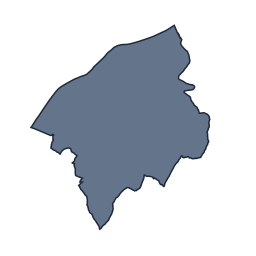 the district of Enebakk nor, Akershus, Norway, rotated 244°
{"feature_id": "86288312B77939080811439", "entity_name": "Enebakk nor", "entity_type": "district", "adm_level": 2, "iso_a3": "NOR", "parent_name": "Norway", "parent_adm1": "Akershus", "projection": "orthographic", "projection_center": [11.051, 59.769], "detail": "fine", "context": "isolated", "style": "filled", "palette": "slate", "viewbox_px": 256, "rotation_deg": 244, "n_neighbors": 0, "source": "geoboundaries", "source_scale": "gbopen_adm2", "svg_char_len": 5624}
<svg xmlns="http://www.w3.org/2000/svg" viewBox="0 0 256 256"><g transform="rotate(244 128 128)"><path d="M95.7,58.7L94.5,58.7L93.2,58.7L92.3,59.2L91.5,59.4L91.1,59.4L90.5,59.6L89.7,59.7L88.1,60.0L87.3,60.0L86.6,60.1L85.6,60.6L85.1,60.8L84.4,60.8L81.6,60.1L79.1,58.9L77.6,58.0L77.0,57.4L76.6,57.3L76.4,57.4L76.0,57.5L75.4,57.5L73.7,57.2L72.6,56.8L71.8,56.7L70.0,56.7L69.3,56.6L68.4,56.7L66.7,57.7L66.4,57.7L64.5,57.7L63.6,57.5L61.6,57.6L60.4,57.7L59.2,58.1L52.5,58.8L51.4,58.7L49.8,58.2L49.6,58.2L49.7,58.4L49.4,58.8L50.0,60.7L50.3,60.8L50.5,61.1L51.0,62.2L51.7,65.0L51.7,65.3L51.7,65.5L52.8,67.2L52.9,68.1L53.2,68.8L53.5,69.7L54.3,70.9L55.0,71.5L58.0,75.7L58.6,76.2L59.3,77.1L61.0,78.4L61.0,78.6L62.6,79.5L64.6,80.2L64.7,80.4L64.9,80.5L65.2,80.4L65.4,80.6L66.0,80.6L66.3,80.9L67.0,81.3L67.3,81.8L67.6,82.9L68.9,84.3L69.5,85.3L70.2,86.2L70.3,86.4L70.3,86.6L70.5,87.5L70.5,88.3L70.6,88.7L71.1,89.5L71.2,90.1L71.9,91.1L72.3,91.9L73.3,93.8L73.4,94.1L73.5,94.8L74.2,96.8L74.5,97.9L74.6,99.0L74.8,100.6L74.8,101.2L74.5,101.7L74.3,102.0L74.2,102.0L74.0,102.3L73.7,102.8L72.4,103.6L71.8,104.2L69.7,105.5L69.2,106.1L68.6,106.4L68.6,106.5L68.5,107.0L68.3,107.5L68.1,108.1L68.5,108.4L68.5,108.5L68.4,109.2L68.5,109.4L68.5,109.5L68.4,109.6L68.4,109.8L68.6,110.4L68.6,111.5L68.7,112.1L69.5,113.4L71.9,115.8L72.6,116.4L73.1,117.1L74.0,118.0L74.9,119.2L76.2,120.4L78.6,122.0L77.6,122.8L76.5,123.5L76.3,123.7L76.1,124.4L75.6,125.5L75.2,125.8L74.9,126.5L74.5,127.1L73.7,128.0L73.2,128.4L71.1,128.9L71.1,129.3L71.5,129.7L71.3,130.0L70.7,130.3L69.9,130.9L68.8,131.3L68.4,131.6L68.3,131.8L68.1,132.0L67.5,132.2L66.4,132.5L65.6,132.5L64.8,132.2L64.1,132.4L63.7,132.3L63.1,132.5L62.6,132.8L62.4,133.0L62.3,133.3L62.3,133.5L62.3,133.8L62.2,133.9L60.8,134.1L60.7,134.3L60.3,134.2L59.8,134.5L59.7,134.7L59.8,134.9L60.0,135.2L61.7,136.6L62.9,137.9L64.3,140.2L65.8,142.2L66.6,143.8L68.6,146.2L69.8,147.8L70.2,148.5L72.3,151.4L72.7,151.8L73.8,153.4L75.1,155.8L75.7,157.9L77.1,159.8L77.6,160.4L77.7,161.2L79.5,164.0L78.6,164.5L77.7,164.4L77.6,164.6L77.3,164.9L77.0,164.9L76.7,165.4L76.8,165.9L76.6,166.4L76.6,166.7L76.4,167.0L76.3,167.7L76.1,168.1L76.1,168.9L76.0,169.3L75.8,169.4L75.8,169.6L75.6,169.8L74.3,170.0L74.0,170.4L73.9,170.8L73.5,171.3L73.3,171.6L72.8,172.0L72.4,172.1L72.0,172.8L71.7,173.3L71.1,175.6L71.0,175.8L70.8,175.8L70.7,176.2L70.7,176.3L70.5,176.5L70.6,176.8L70.3,177.9L70.2,178.5L69.8,179.7L69.8,180.6L70.8,182.0L71.0,182.3L71.9,183.4L72.3,184.8L72.8,185.4L73.1,186.1L74.0,186.6L74.2,186.8L74.3,187.3L75.0,188.4L75.1,188.7L75.5,189.1L76.2,189.3L76.5,189.8L77.9,191.6L78.3,192.4L78.7,192.5L78.9,192.7L79.5,193.3L80.3,194.4L81.6,194.9L82.3,194.6L83.1,194.8L84.6,195.6L85.9,195.9L86.8,196.5L88.2,197.0L88.7,197.2L89.4,197.1L91.0,198.8L91.6,199.5L92.7,200.2L92.7,200.7L93.1,201.0L93.3,201.4L94.1,201.8L94.7,201.9L95.1,202.2L95.4,202.3L95.5,202.5L97.6,203.1L99.1,204.4L99.8,205.2L100.2,205.4L101.4,205.5L102.7,206.0L105.3,205.5L108.4,203.0L110.0,198.6L113.1,199.1L113.5,199.3L114.6,198.9L116.4,199.1L117.1,198.6L119.7,197.4L120.5,197.6L122.3,197.4L123.6,197.0L125.1,196.9L126.5,197.0L128.4,197.6L129.6,197.1L132.7,195.3L133.4,195.1L133.5,195.0L133.6,194.8L134.4,194.5L135.1,194.1L135.9,194.3L136.5,194.9L135.9,197.4L134.2,202.3L134.1,203.3L134.4,204.4L135.0,205.2L135.5,205.8L135.9,205.9L136.8,206.0L137.7,205.5L138.6,204.8L140.2,202.4L142.2,200.3L143.4,199.4L145.5,198.2L149.2,195.4L149.7,195.2L150.6,195.2L151.8,195.9L152.7,196.8L153.1,197.6L154.9,202.8L156.5,205.4L156.5,205.8L157.7,208.0L157.7,208.3L158.2,208.7L159.2,210.9L159.5,211.7L159.8,211.8L160.8,212.5L161.0,213.0L167.1,214.7L169.8,214.8L170.6,214.9L171.8,214.5L172.6,213.9L177.4,212.5L178.9,212.2L179.9,212.3L180.7,212.2L182.0,213.2L183.1,214.1L183.7,215.0L184.8,215.0L185.3,214.7L185.5,214.5L186.1,214.9L186.4,214.8L186.3,214.5L186.7,214.4L186.7,214.2L186.8,214.2L187.1,214.4L187.6,214.3L188.3,214.4L188.5,214.3L188.6,214.6L188.8,214.6L189.1,214.5L189.4,214.3L189.6,214.3L189.8,214.7L190.3,214.4L190.6,214.4L191.0,214.7L191.6,214.3L191.9,214.3L192.0,214.1L200.0,214.6L199.8,212.8L199.1,206.7L198.9,204.6L199.0,202.3L199.1,198.1L199.2,191.8L199.4,188.9L199.7,186.8L199.8,184.8L200.1,183.1L200.4,180.5L200.6,179.5L200.9,176.7L201.9,170.7L202.3,169.0L202.6,167.1L203.3,164.5L205.6,159.1L206.4,156.0L206.6,154.5L206.6,152.1L206.5,150.7L205.9,148.5L205.5,147.6L204.8,143.9L204.6,143.2L203.8,141.1L202.5,138.5L201.4,135.3L198.5,126.1L197.9,124.0L197.0,122.5L196.2,120.7L194.6,115.3L194.4,114.3L194.4,111.8L194.8,109.6L195.0,107.4L195.4,100.8L195.0,92.6L194.6,87.4L194.5,86.4L193.8,83.0L192.2,78.8L191.7,77.9L189.9,74.2L188.5,71.6L187.4,69.4L182.4,60.6L178.2,53.5L175.8,49.0L171.8,42.5L171.0,41.0L168.0,44.0L155.3,55.1L155.0,55.5L155.0,56.3L154.9,56.5L155.1,57.0L155.2,57.3L154.5,58.2L154.4,58.2L154.2,57.7L153.8,57.0L152.0,56.3L151.3,55.9L151.1,55.6L150.7,55.6L150.4,55.8L149.8,55.5L149.8,55.3L149.4,55.1L149.1,54.5L148.9,54.3L148.8,53.9L148.1,53.2L147.1,52.4L146.5,51.7L146.1,51.7L145.0,51.0L144.9,50.6L144.5,50.6L143.7,49.9L142.3,50.8L141.3,51.1L140.9,51.5L139.2,52.9L137.7,53.5L137.1,54.0L136.6,54.7L135.0,55.1L134.3,55.5L136.2,58.4L137.0,61.3L136.4,65.4L135.0,67.1L134.1,67.4L133.9,67.3L133.0,67.1L132.7,67.1L131.7,66.8L130.8,67.2L128.9,68.6L128.1,68.7L125.5,70.0L125.3,69.9L123.7,66.7L121.7,65.3L121.1,62.6L120.6,62.8L120.6,63.0L120.2,63.4L119.9,63.6L119.8,63.8L119.5,63.8L119.3,64.2L119.1,64.1L118.6,63.5L118.0,63.5L117.9,63.2L116.2,62.8L114.7,62.8L113.3,62.2L111.2,61.1L109.1,60.3L108.2,60.2L107.0,61.2L105.9,62.1L102.9,65.0L101.6,62.1L100.5,61.1L99.4,63.2L98.3,59.4L97.9,58.4L97.5,58.6L96.9,58.8L95.7,58.7Z" fill="#64748b" stroke="#1e293b" stroke-width="1.5"/></g></svg>